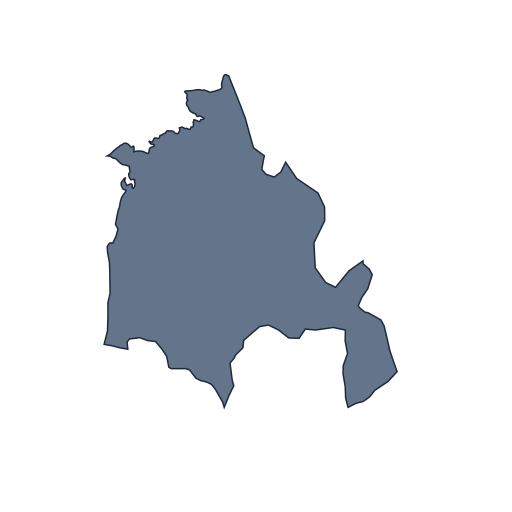 Idjevan, Tavush, Armenia, rotated 296°
{"feature_id": "60910142B98300575929889", "entity_name": "Idjevan", "entity_type": "district", "adm_level": 2, "iso_a3": "ARM", "parent_name": "Armenia", "parent_adm1": "Tavush", "projection": "equal_earth", "projection_center": [45.144, 40.867], "detail": "fine", "context": "isolated", "style": "filled", "palette": "slate", "viewbox_px": 512, "rotation_deg": 296, "n_neighbors": 0, "source": "geoboundaries", "source_scale": "gbopen_adm2", "svg_char_len": 5201}
<svg xmlns="http://www.w3.org/2000/svg" viewBox="0 0 512 512"><g transform="rotate(296 256 256)"><path d="M106.0,293.8L118.6,292.9L129.7,292.9L133.9,289.1L146.1,281.1L148.4,279.6L154.4,281.1L158.3,281.1L167.8,284.5L174.6,281.9L184.5,286.0L194.1,290.2L199.4,297.4L199.4,308.8L196.7,321.3L200.9,330.8L211.9,332.3L215.7,342.2L225.6,356.7L228.6,368.8L218.7,373.4L208.5,381.0L195.5,382.5L188.3,385.9L177.6,393.5L167.7,398.8L160.3,405.1L167.7,410.6L172.1,416.0L177.0,418.7L179.3,419.9L187.4,421.7L193.1,425.0L201.0,429.6L213.9,433.5L221.1,426.2L229.6,417.8L238.8,410.4L249.3,401.8L253.3,396.2L254.1,382.3L254.2,382.0L253.3,378.2L254.9,371.6L256.2,369.7L265.6,369.3L271.4,370.2L275.6,370.8L290.1,368.7L293.5,364.0L293.8,363.7L296.0,355.6L298.5,354.3L283.5,346.1L267.8,342.4L262.7,341.2L262.7,330.2L265.6,325.0L271.3,314.4L293.3,302.3L317.8,302.3L330.0,296.2L339.8,284.1L343.5,258.6L353.3,241.5L342.3,241.5L335.0,237.8L333.8,229.3L336.3,223.3L344.8,220.8L349.7,219.6L352.2,206.3L364.4,195.4L370.9,189.7L375.5,185.7L377.3,183.7L383.9,176.7L393.6,166.1L406.0,152.4L405.8,151.7L405.8,150.8L405.8,149.3L405.3,148.5L404.0,148.1L402.5,148.1L400.7,148.6L398.7,148.9L397.3,149.3L396.1,149.5L394.7,150.0L392.6,151.5L391.4,151.5L391.1,151.3L389.8,150.6L388.2,148.9L386.5,147.2L384.7,145.0L383.4,143.7L382.9,142.2L382.9,140.9L382.8,139.4L382.6,138.3L382.5,136.8L381.8,135.7L381.1,134.3L380.7,132.3L379.7,130.3L379.5,129.9L378.1,128.0L376.9,126.5L375.2,123.6L374.0,121.2L373.2,120.2L372.4,119.9L372.0,120.7L371.7,121.4L371.5,122.5L371.0,123.1L370.1,123.8L368.9,124.1L367.4,124.5L366.8,125.2L366.7,125.9L366.0,126.5L365.2,126.1L364.4,126.1L363.1,126.3L362.0,127.0L361.0,128.0L360.5,128.7L360.3,129.7L359.6,130.5L358.9,131.1L358.3,131.8L357.8,132.3L357.4,133.4L357.1,134.3L357.1,135.6L356.9,136.9L357.1,137.4L357.2,137.9L357.2,138.9L357.1,140.0L356.4,140.4L355.9,141.2L355.7,142.1L356.2,142.9L356.6,143.4L357.0,143.6L357.3,144.5L357.3,145.8L357.1,146.9L357.1,147.9L357.2,148.8L356.5,149.0L355.6,148.5L354.9,147.6L354.4,146.6L353.6,146.5L353.1,146.7L352.1,146.4L351.8,145.5L351.7,143.7L351.6,142.4L351.5,141.1L351.1,140.5L350.5,140.7L349.6,141.0L348.4,140.9L348.1,141.5L347.2,142.0L346.3,142.2L345.2,142.8L344.5,142.6L344.0,142.2L343.6,141.3L342.2,141.2L341.6,141.2L341.2,141.2L340.6,140.7L340.4,140.0L340.4,139.4L340.4,139.2L340.4,138.3L340.2,137.3L339.7,136.8L339.3,136.0L339.5,135.0L339.5,134.0L339.4,133.0L338.5,131.8L337.4,130.9L336.8,131.6L336.0,132.2L334.5,132.4L334.1,132.4L333.5,132.5L331.7,132.1L331.3,131.1L330.9,129.6L331.1,128.7L331.7,127.4L331.7,126.3L331.4,125.3L330.8,124.0L330.6,123.6L330.4,122.9L329.8,121.7L329.2,121.0L328.5,121.0L327.2,120.6L326.6,120.4L325.0,119.2L323.4,118.1L322.2,116.9L321.2,117.0L320.0,117.4L319.0,116.7L318.5,115.8L318.4,115.2L318.4,114.9L318.0,113.9L317.6,113.1L316.6,112.9L315.5,112.9L313.8,112.9L312.7,112.7L312.5,112.2L312.5,111.3L312.5,109.9L311.7,109.9L311.4,110.7L310.8,111.9L310.7,113.0L310.7,113.8L311.5,115.0L311.5,115.8L311.4,115.8L310.2,116.2L309.2,115.8L309.0,115.5L308.4,114.8L307.2,113.7L306.3,113.3L305.4,113.3L304.7,113.5L304.1,113.6L302.9,114.1L301.8,114.4L301.0,114.1L300.6,113.4L300.5,112.0L300.5,110.5L300.4,108.8L300.0,107.1L299.5,105.7L298.5,103.7L297.2,101.8L296.1,100.6L296.8,100.3L297.9,99.9L298.7,99.4L299.7,99.1L300.4,98.5L301.0,97.9L300.7,97.3L300.0,97.0L299.1,96.6L299.4,95.3L299.9,93.7L300.0,93.4L300.4,92.3L300.5,90.7L300.3,89.5L299.8,88.6L299.0,87.7L297.8,87.1L297.6,87.1L296.8,86.4L295.8,85.4L295.0,85.3L294.2,85.0L292.4,83.8L290.6,83.1L289.2,82.4L287.7,81.8L285.4,81.1L283.6,80.3L282.1,79.4L280.8,78.5L281.2,79.4L281.4,80.3L281.7,81.5L281.6,83.0L281.3,84.9L281.6,85.8L282.0,86.9L281.8,87.9L281.3,89.4L280.4,92.1L280.0,93.4L279.8,95.0L279.7,96.3L280.0,97.0L280.2,97.8L280.6,99.0L280.7,100.0L280.9,101.1L281.2,102.0L281.2,102.8L280.6,103.1L279.8,103.3L278.7,104.4L276.5,105.8L275.7,106.0L274.6,105.5L273.8,105.7L272.5,106.4L271.3,107.5L270.1,109.1L269.7,110.1L269.9,110.7L270.7,111.2L271.0,111.9L271.3,112.8L271.5,113.5L271.0,113.8L270.1,113.8L269.8,114.1L269.3,114.4L268.7,114.8L268.5,115.5L267.7,115.8L267.4,115.9L266.0,116.2L264.5,116.4L263.5,116.2L263.0,115.8L263.1,114.9L263.5,114.5L264.5,114.2L265.3,113.8L265.8,113.4L266.0,112.9L266.2,112.0L265.5,111.4L264.9,110.9L264.3,110.3L263.6,109.8L262.8,109.1L263.1,108.4L263.5,108.1L263.8,107.6L264.4,106.8L265.1,105.9L265.9,105.2L266.5,104.7L267.8,104.6L268.8,104.3L268.5,103.9L267.1,103.4L265.4,103.3L264.2,102.8L262.9,102.7L261.4,103.3L260.4,104.0L258.5,106.1L257.9,107.1L257.9,108.5L258.2,109.6L257.9,110.4L257.0,110.6L255.4,110.4L252.9,109.9L249.9,109.6L247.4,109.9L245.2,110.3L242.6,111.1L240.8,111.6L239.8,111.9L238.2,111.9L232.6,113.1L222.7,115.9L219.8,120.2L216.3,120.8L212.0,121.6L205.0,121.6L203.5,118.8L199.3,118.1L194.3,120.9L185.8,127.2L176.6,132.1L158.2,141.3L149.0,143.4L143.4,146.2L136.2,149.7L126.6,154.0L123.5,155.4L110.0,158.2L112.2,166.0L113.6,173.0L116.0,181.7L122.2,177.8L123.5,178.1L125.9,178.6L131.6,187.3L132.5,195.8L135.1,203.2L131.2,212.0L126.6,219.8L117.8,226.4L117.6,229.2L120.5,235.1L124.0,242.3L124.4,246.4L119.8,255.6L119.8,261.1L121.1,266.9L121.1,272.2L120.0,274.6L118.3,278.1L109.9,290.3L106.0,293.8Z" fill="#64748b" stroke="#1e293b" stroke-width="1.5"/></g></svg>